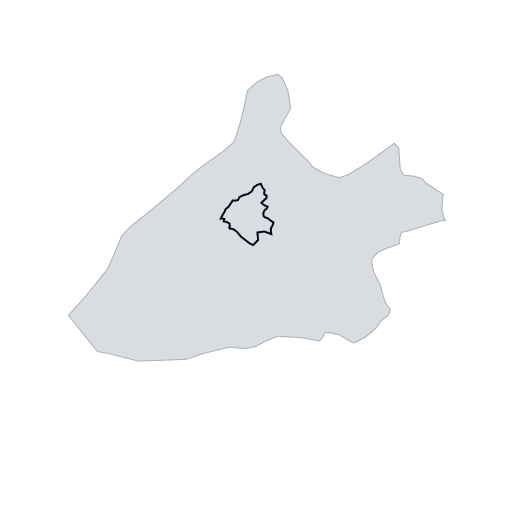 Burundi, with Muramvya highlighted, rotated 50°
{"feature_id": "BDI-3365", "entity_name": "Muramvya", "entity_type": "Province", "adm_level": 1, "iso_a3": "BDI", "parent_name": "Burundi", "parent_adm1": "", "projection": "natural_earth1", "projection_center": [29.66, -3.246], "detail": "fine", "context": "in_parent", "style": "outline", "palette": "ink", "viewbox_px": 512, "rotation_deg": 50, "n_neighbors": 0, "source": "natural_earth", "source_scale": "10m", "svg_char_len": 1809}
<svg xmlns="http://www.w3.org/2000/svg" viewBox="0 0 512 512"><g transform="rotate(50 256 256)"><path d="M350.5,88.0L347.6,92.4L334.1,124.4L331.4,129.2L332.9,132.2L338.7,138.2L335.3,148.3L334.0,151.0L331.4,160.3L332.8,169.0L336.1,172.1L344.8,176.3L358.0,179.3L373.5,186.5L383.9,187.8L386.4,193.0L385.9,202.2L388.5,210.2L388.5,224.6L385.4,237.2L369.4,243.2L361.2,249.7L358.9,252.9L361.0,256.7L362.0,261.8L347.0,274.4L331.5,290.9L327.8,302.0L324.8,315.1L320.2,323.5L308.4,335.5L296.4,359.9L290.5,375.6L261.1,413.5L234.9,432.4L227.2,438.9L180.9,437.8L177.3,412.2L170.3,377.4L154.3,345.8L152.7,332.7L153.4,307.3L153.4,271.6L152.4,252.4L152.7,238.4L154.7,214.0L154.5,199.5L144.0,182.7L130.9,164.9L123.8,156.2L123.5,149.1L123.5,142.6L125.6,133.1L130.7,122.5L136.4,121.4L150.5,125.6L165.2,134.6L173.0,154.8L178.9,157.7L189.8,157.7L217.5,155.0L224.3,155.3L236.9,150.5L249.4,142.0L253.0,133.1L256.0,113.3L258.6,77.6L265.0,77.2L282.4,89.9L286.2,90.8L289.9,90.3L295.9,84.0L303.4,78.9L308.8,79.1L329.1,73.1L340.0,83.9L346.9,87.2L350.5,88.0Z" fill="#d9dde1" stroke="#a8b0b8" stroke-width="1"/><path d="M203.8,205.9L207.7,207.0L211.3,207.1L212.7,209.0L214.2,210.0L216.5,209.1L218.3,210.7L218.7,217.7L222.0,217.2L225.7,215.4L226.6,217.2L226.4,219.8L227.8,222.9L230.5,224.6L232.7,224.0L234.4,222.8L238.0,222.1L241.5,221.0L243.2,223.7L244.5,226.9L246.7,228.8L249.1,230.2L242.7,233.8L238.9,239.8L245.1,244.1L245.8,251.2L242.2,252.8L231.4,255.1L225.6,255.0L221.3,256.0L219.3,257.3L218.4,258.3L217.1,258.4L216.3,256.9L214.2,255.5L211.2,256.5L208.8,258.5L207.3,256.5L205.7,257.8L204.8,259.0L203.3,255.9L202.1,252.2L200.6,249.1L200.7,245.6L198.5,238.2L200.3,236.3L201.5,233.8L201.0,232.3L200.2,231.1L201.3,226.4L203.3,222.5L203.8,217.7L201.9,213.4L202.3,209.5L203.8,205.9Z" fill="none" stroke="#020617" stroke-width="2"/></g></svg>